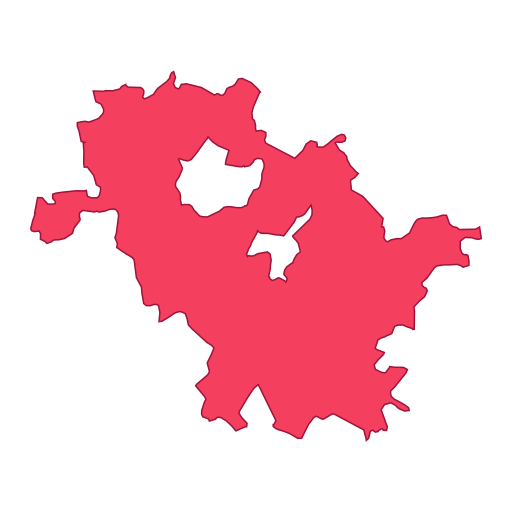 the district of Zaqaziq, Ash Sharqiyah, Egypt
{"feature_id": "37247803B86566880158535", "entity_name": "Zaqaziq", "entity_type": "district", "adm_level": 2, "iso_a3": "EGY", "parent_name": "Egypt", "parent_adm1": "Ash Sharqiyah", "projection": "mercator", "projection_center": [31.49, 30.587], "detail": "fine", "context": "isolated", "style": "filled", "palette": "rose", "viewbox_px": 512, "rotation_deg": 0, "n_neighbors": 0, "source": "geoboundaries", "source_scale": "gbopen_adm2", "svg_char_len": 6016}
<svg xmlns="http://www.w3.org/2000/svg" viewBox="0 0 512 512"><path d="M479.6,227.0L475.6,229.2L459.3,229.5L456.7,227.4L452.8,226.7L449.6,223.9L446.5,215.3L442.6,215.2L436.7,217.0L432.7,217.6L426.9,218.1L422.3,218.0L417.7,219.2L415.7,221.2L413.7,224.4L409.6,232.9L402.3,238.0L401.0,238.7L397.0,238.6L391.1,239.8L387.8,241.7L385.9,241.0L384.0,238.3L384.0,235.6L384.8,231.0L383.6,227.0L381.6,227.0L383.1,218.4L362.7,196.3L351.1,189.8L351.2,187.4L350.6,182.1L350.7,180.1L354.6,177.6L358.4,173.5L356.7,172.4L350.3,165.6L347.2,159.6L346.6,156.3L344.7,154.2L344.0,152.9L339.5,150.1L335.1,142.8L336.4,142.1L341.6,142.3L344.9,141.0L345.6,139.1L345.7,137.7L344.4,135.1L341.8,134.3L337.2,136.2L330.6,141.4L328.6,143.3L323.3,147.1L318.0,147.0L316.8,146.5L317.3,144.9L316.7,142.3L310.8,140.8L306.2,144.0L302.8,150.5L294.8,158.3L265.7,143.1L264.5,139.8L265.8,136.5L265.9,132.5L261.4,130.4L256.1,131.0L255.5,128.3L255.6,125.7L254.4,120.4L252.5,119.0L251.9,113.0L253.3,107.1L259.5,92.7L260.4,92.1L257.6,88.7L251.2,82.6L242.1,78.4L238.4,79.0L234.8,84.9L234.2,84.9L232.8,86.2L228.9,87.4L226.9,88.7L224.8,93.3L222.8,95.2L220.2,95.2L219.6,94.5L218.3,93.8L217.0,93.8L214.4,95.0L201.4,87.5L186.5,83.8L181.2,84.4L179.8,87.6L178.5,88.9L175.3,87.6L173.4,83.5L175.5,77.6L173.6,71.6L171.6,72.9L170.3,75.5L169.6,78.2L166.9,81.4L157.6,88.5L155.6,91.1L153.6,94.3L148.9,96.9L146.3,98.2L144.3,98.8L142.6,97.0L143.8,93.5L143.8,90.8L142.6,88.8L140.6,87.5L128.2,87.2L125.6,85.1L125.6,84.5L121.7,86.4L119.7,89.0L112.5,90.8L105.3,90.7L103.9,91.3L93.2,91.0L95.7,101.1L96.2,101.9L101.0,104.0L103.6,109.1L103.6,111.9L102.8,113.7L99.0,118.1L96.1,119.5L88.9,122.1L85.1,121.3L81.1,121.8L77.3,122.7L77.3,126.1L79.0,131.0L81.2,141.5L84.7,142.4L83.3,143.3L83.9,151.5L83.7,163.4L84.3,167.2L87.3,167.0L93.7,175.4L96.3,184.7L100.3,187.1L100.7,189.5L99.4,195.1L99.0,196.0L98.2,196.6L97.9,197.5L96.5,197.8L91.8,197.9L88.1,196.6L87.5,196.4L86.8,193.3L86.4,190.4L84.9,190.9L75.7,190.8L62.4,192.2L55.7,193.2L52.7,194.2L52.7,198.3L55.5,201.8L55.0,203.6L52.7,204.1L47.8,204.1L42.1,197.7L37.6,197.6L34.6,213.3L35.1,213.7L32.8,220.4L30.7,228.8L31.6,230.7L34.2,231.6L39.2,231.1L40.6,233.9L40.4,239.3L45.0,241.4L46.9,243.4L50.8,242.1L53.9,240.0L59.4,239.7L64.6,238.5L72.5,233.3L74.0,228.1L80.0,220.2L80.0,218.3L79.4,217.0L79.5,213.0L82.8,210.4L94.5,212.0L96.6,211.1L99.1,212.1L105.6,210.9L108.3,209.7L111.5,209.1L114.2,209.1L116.1,209.8L118.0,212.5L118.6,215.8L116.3,233.6L114.9,237.6L117.4,243.6L116.7,247.5L125.7,253.6L132.8,257.8L132.8,258.4L134.1,259.8L136.4,277.6L141.4,287.0L142.0,293.6L143.7,303.5L146.3,305.6L150.2,305.7L154.2,304.4L156.8,304.5L158.1,305.2L158.7,306.5L159.9,312.5L159.0,321.7L162.3,321.1L169.6,316.6L174.2,313.4L176.9,312.2L180.1,311.6L182.7,312.3L185.3,313.7L187.2,319.0L188.4,325.0L192.2,329.0L207.0,342.5L211.5,345.3L214.0,348.0L211.3,354.5L207.2,363.0L209.0,369.6L209.4,372.0L207.6,374.9L196.4,384.5L195.7,385.9L204.6,396.6L205.9,399.3L204.5,401.9L201.7,410.4L201.6,414.4L202.9,417.0L203.6,417.0L208.7,419.1L209.3,421.1L215.3,419.3L217.2,417.3L220.5,417.4L226.3,420.8L231.4,425.6L235.9,430.9L245.8,426.5L246.6,426.8L247.1,423.3L242.0,417.9L238.9,413.2L239.5,411.2L247.6,397.6L252.4,390.4L254.4,387.8L258.3,384.6L275.9,420.6L273.9,424.5L273.2,424.5L273.2,426.5L275.7,428.5L279.0,429.9L284.2,431.4L289.3,433.4L297.7,438.3L301.6,438.3L308.4,424.6L313.8,417.5L316.4,416.2L321.6,419.0L323.6,419.1L332.1,414.0L334.1,414.0L363.8,429.9L366.2,439.1L366.3,440.4L368.6,438.4L370.3,431.3L372.9,430.1L374.2,431.4L375.5,432.1L378.1,431.5L378.1,430.8L381.4,428.9L382.7,429.0L383.3,430.3L386.6,430.4L387.3,426.4L386.1,423.8L384.8,419.8L381.1,409.8L384.5,404.6L391.1,402.8L395.6,405.5L397.5,407.5L399.4,408.9L404.6,411.0L409.2,410.5L408.6,407.8L406.0,405.8L401.5,403.0L393.8,398.9L391.2,396.2L390.6,393.5L390.7,390.9L394.7,387.0L406.0,372.8L407.4,369.5L403.5,367.4L393.8,367.2L389.9,366.5L389.2,367.8L385.8,372.3L384.5,372.9L381.3,372.2L375.4,369.4L374.2,364.8L378.3,359.6L383.6,354.4L384.3,352.5L377.1,349.7L375.2,348.3L378.0,339.8L381.3,337.9L385.2,336.7L387.2,335.4L389.2,334.8L391.8,333.5L394.6,326.3L397.9,325.1L402.9,325.0L408.3,327.3L410.9,328.0L412.2,328.7L412.8,329.4L414.2,329.4L414.5,310.9L413.9,307.0L419.3,301.1L424.6,296.7L427.3,290.8L426.1,288.1L424.1,287.4L422.2,285.4L421.8,282.6L426.9,278.2L434.3,267.8L437.0,265.9L444.2,264.8L448.7,264.9L457.2,264.4L461.1,265.8L463.1,267.2L468.9,265.4L469.0,261.4L467.9,255.4L466.6,254.7L464.0,254.7L462.0,253.3L460.2,248.6L460.3,241.2L465.0,237.5L472.2,237.7L476.0,239.1L479.3,239.2L481.3,238.6L479.6,227.0ZM226.3,159.1L225.6,162.4L225.5,164.4L239.2,166.7L241.8,166.8L244.2,165.9L244.6,166.8L249.7,165.6L253.0,162.4L254.3,159.8L257.0,158.5L260.2,158.6L262.2,159.3L262.8,160.6L264.1,164.0L264.0,167.3L261.9,173.8L261.8,179.1L259.7,187.0L257.7,188.9L253.7,190.2L249.0,198.6L247.6,203.9L246.9,205.5L244.9,205.8L244.3,206.5L241.0,207.7L236.4,207.6L231.2,206.8L227.3,206.7L224.0,207.3L219.4,211.2L207.5,216.9L202.9,216.8L199.7,216.0L193.9,210.0L192.0,206.6L189.5,204.6L184.2,204.5L181.5,205.1L180.4,199.7L180.5,196.4L179.9,193.1L175.5,186.4L175.5,183.8L176.2,181.1L178.9,177.2L181.7,170.7L182.4,168.1L178.5,159.1L179.9,158.8L183.8,160.2L187.7,160.9L191.0,159.7L196.4,153.2L205.8,140.2L207.1,138.9L208.0,136.9L212.3,141.6L218.1,145.7L228.9,150.3L226.3,159.1ZM270.4,266.0L271.2,259.9L270.0,253.9L267.5,251.9L257.6,253.7L254.3,255.6L251.1,256.2L249.1,255.5L247.5,256.5L246.5,253.7L247.2,252.8L248.6,248.8L250.6,245.6L251.3,243.0L256.8,233.2L257.6,230.7L258.7,231.9L261.3,233.3L267.9,233.4L276.3,234.9L279.6,235.0L283.7,235.9L294.2,222.1L296.5,217.2L298.9,216.9L302.2,215.7L304.8,213.8L311.0,205.1L312.1,210.0L312.0,214.6L309.9,219.2L292.6,236.0L293.2,237.3L296.4,240.7L298.3,243.4L300.1,250.7L300.1,252.2L296.8,254.6L294.1,259.1L292.7,263.0L292.0,263.0L286.7,266.9L284.7,270.1L284.0,272.8L284.0,274.7L286.5,277.4L287.1,279.4L285.8,282.0L284.5,280.7L279.3,277.9L278.0,277.9L274.7,279.8L272.1,280.4L269.5,278.4L269.6,277.1L268.6,276.5L270.4,268.5L270.4,266.0Z" fill="#f43f5e" stroke="#9f1239" stroke-width="1.5"/></svg>